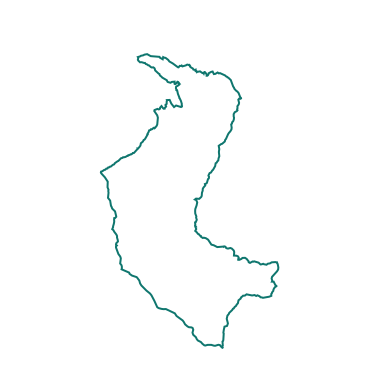 Rucar, Arges, Romania (Robinson projection), rotated 219°
{"feature_id": "2599482B65815623674969", "entity_name": "Rucar", "entity_type": "district", "adm_level": 2, "iso_a3": "ROU", "parent_name": "Romania", "parent_adm1": "Arges", "projection": "robinson", "projection_center": [25.127, 45.475], "detail": "fine", "context": "isolated", "style": "outline", "palette": "teal", "viewbox_px": 384, "rotation_deg": 219, "n_neighbors": 0, "source": "geoboundaries", "source_scale": "gbopen_adm2", "svg_char_len": 6008}
<svg xmlns="http://www.w3.org/2000/svg" viewBox="0 0 384 384"><g transform="rotate(219 192 192)"><path d="M314.0,260.1L312.8,261.2L310.3,262.2L309.8,262.7L308.5,262.4L307.1,262.9L305.8,262.9L305.2,263.3L302.6,263.2L301.5,263.5L300.6,264.5L299.5,264.6L298.8,264.5L297.1,263.3L292.4,263.0L291.6,263.2L290.3,262.4L288.2,262.4L287.2,262.2L281.9,263.0L280.6,262.3L279.9,262.3L277.4,263.4L277.0,264.8L275.0,266.8L273.7,265.1L273.3,265.1L272.8,265.6L272.6,266.4L272.7,268.5L271.9,268.8L270.0,268.3L270.5,267.8L270.0,267.5L269.7,267.7L269.5,267.4L270.0,265.4L270.7,264.0L269.9,262.6L268.7,261.8L268.2,261.8L268.1,261.3L267.2,261.4L264.7,259.4L261.5,257.6L261.1,257.1L260.6,257.1L257.9,255.8L255.4,254.1L254.4,252.7L253.9,252.6L253.6,252.1L254.0,251.1L258.8,249.2L259.4,246.7L263.8,247.7L267.3,249.5L269.4,247.6L268.9,247.2L268.5,246.2L267.2,244.6L267.1,243.9L267.5,243.2L267.3,242.8L265.9,242.1L266.1,240.3L265.7,239.6L266.4,238.9L267.2,238.9L269.8,239.6L269.9,237.5L269.3,236.6L269.5,235.7L269.9,235.2L271.1,234.9L272.7,232.1L272.3,231.2L267.3,229.7L265.3,228.3L261.5,222.6L261.1,221.1L261.1,218.2L261.2,217.9L262.0,218.0L262.4,216.9L262.4,215.9L263.4,214.9L263.2,214.2L264.1,212.9L263.5,211.3L263.1,208.9L262.7,208.9L261.9,203.9L261.9,202.7L262.3,202.0L261.9,200.3L262.4,197.7L261.3,195.6L261.2,193.8L261.3,191.5L261.7,191.4L261.4,191.0L261.7,185.8L262.5,185.1L262.4,184.7L262.9,183.0L263.4,182.7L263.8,181.5L264.5,180.7L264.4,180.3L264.8,180.0L264.8,179.4L265.2,179.0L265.7,177.5L266.9,175.9L267.4,175.7L267.6,174.6L268.4,173.6L268.8,169.7L269.2,169.1L270.1,165.8L269.9,164.5L270.6,163.3L271.1,160.7L271.8,159.9L271.8,159.2L272.6,158.3L272.5,157.0L273.3,156.3L273.4,154.8L274.1,154.0L274.8,151.6L275.5,150.6L275.1,149.8L274.3,149.4L269.0,148.6L264.0,147.0L260.6,142.5L258.3,141.2L257.7,140.1L256.4,138.9L253.6,134.6L250.2,133.8L246.3,130.3L245.4,130.0L243.6,128.9L239.6,128.5L235.7,125.5L235.3,125.1L235.4,123.3L236.0,122.8L235.4,121.8L233.7,119.9L232.6,117.8L231.7,115.6L231.2,115.0L230.6,112.9L229.1,112.9L227.5,112.2L223.9,111.3L222.5,110.6L221.7,109.5L219.3,107.8L218.4,106.9L218.6,104.5L217.9,103.2L216.7,103.1L216.9,102.0L216.1,101.0L210.2,97.5L207.2,96.7L205.6,95.7L202.8,91.2L200.9,90.8L199.8,90.1L198.5,88.6L198.1,87.6L190.1,89.8L189.0,89.1L186.0,89.3L181.5,91.0L180.7,90.9L177.2,90.0L174.8,88.3L172.5,87.5L165.4,86.7L160.8,86.7L158.5,86.2L152.9,83.8L146.5,80.6L144.8,80.8L142.1,82.0L140.6,82.9L138.6,84.6L129.0,86.9L125.9,85.9L118.5,86.3L116.8,85.9L114.1,84.8L110.9,84.7L109.3,85.0L107.1,86.5L105.9,86.7L104.3,85.7L103.1,83.0L101.2,81.8L97.6,81.6L95.6,80.6L93.9,80.3L90.7,81.0L88.4,80.6L86.0,80.6L85.1,81.0L83.6,83.1L80.9,85.3L78.2,86.4L77.2,87.1L75.4,89.8L74.4,90.4L73.7,90.6L72.7,90.2L69.6,90.0L71.5,91.2L71.4,92.0L74.2,95.0L74.1,95.8L74.6,96.8L78.3,102.0L79.0,102.3L80.6,105.0L82.0,107.8L80.5,110.0L81.4,112.5L85.2,115.3L86.7,118.3L86.6,120.1L87.0,121.5L86.5,125.5L86.7,127.1L86.3,127.7L86.5,129.5L86.1,131.3L86.4,132.5L86.3,134.4L87.7,137.1L87.1,139.9L87.4,140.4L87.5,141.6L87.1,142.4L87.1,143.5L85.7,144.8L85.2,146.8L80.2,149.4L78.5,151.3L76.7,151.6L76.1,152.9L73.8,153.5L72.5,153.3L71.5,154.0L70.3,154.4L66.2,159.1L65.0,161.2L66.2,162.6L66.2,163.6L66.6,164.4L66.6,166.3L67.2,167.3L67.6,168.7L67.6,170.6L67.1,171.9L67.4,172.2L68.6,172.1L72.1,173.7L73.4,172.7L73.5,173.3L75.7,174.9L76.4,176.5L76.0,183.9L76.3,186.0L77.4,187.7L79.9,189.8L81.6,190.7L81.7,190.4L82.1,190.5L83.1,190.0L85.8,187.5L86.5,185.6L88.0,183.9L88.3,182.4L90.7,181.1L91.5,181.0L92.3,179.7L93.2,178.8L95.8,179.0L100.1,177.2L100.6,176.3L101.2,176.1L102.3,173.4L103.7,173.1L104.3,173.7L107.5,174.4L109.4,174.2L111.3,172.5L111.5,171.1L112.5,169.1L113.4,168.4L113.9,168.9L114.0,169.9L114.4,170.4L115.8,170.9L117.3,170.5L119.4,169.0L121.4,171.9L122.7,172.8L125.5,173.1L127.0,172.6L128.4,170.7L129.3,170.2L130.4,170.0L131.5,170.5L132.2,170.3L132.8,170.0L132.9,169.3L133.3,169.3L137.7,165.1L141.6,164.3L143.8,163.3L149.5,165.1L152.2,164.8L154.1,163.9L154.6,163.1L156.2,162.9L156.9,162.9L157.4,163.4L158.2,163.1L160.2,163.5L161.1,163.2L162.9,163.7L165.0,163.8L165.4,165.9L167.9,167.3L168.1,167.5L167.8,167.7L168.5,167.9L168.8,168.6L170.5,170.3L170.1,170.9L170.8,173.4L172.7,174.7L173.3,175.8L175.9,177.3L177.6,179.2L178.7,180.8L180.0,184.5L181.4,187.2L183.6,188.4L185.0,188.0L184.7,189.4L182.1,191.2L181.7,193.9L182.0,195.1L183.8,197.7L184.5,199.7L185.6,201.2L185.9,202.7L185.8,205.4L187.0,206.3L186.2,207.7L186.2,208.5L187.7,212.1L187.5,212.6L187.6,213.4L188.4,214.6L189.5,215.0L189.8,215.9L190.2,217.8L189.5,219.1L189.8,221.5L189.6,222.5L190.3,226.7L191.7,229.2L191.3,230.4L191.6,231.7L191.4,233.0L192.5,234.8L193.3,237.0L196.3,240.0L197.8,242.5L200.3,244.7L199.5,247.6L198.9,248.5L198.3,251.9L199.0,253.4L199.0,254.7L200.3,259.5L200.5,261.2L200.4,263.2L200.7,265.4L201.6,266.9L204.1,269.2L204.0,270.3L204.7,271.5L204.5,272.8L205.1,274.6L206.1,276.2L207.1,276.9L208.6,278.7L209.0,280.9L208.1,283.0L208.1,284.2L209.0,284.6L209.4,285.8L210.7,287.2L210.8,289.4L211.5,290.9L214.1,292.9L214.1,294.2L213.1,294.8L212.8,295.6L213.3,296.0L214.1,296.0L218.0,298.2L219.9,298.6L221.5,298.5L224.1,298.9L225.0,299.5L226.4,299.9L232.3,303.4L235.7,303.7L236.6,303.4L237.2,303.6L238.2,303.3L239.7,303.4L245.1,302.0L245.7,301.1L247.3,301.0L248.2,298.5L249.2,297.4L251.8,298.6L252.7,297.4L253.8,294.7L253.3,293.9L253.1,292.8L253.3,292.0L253.8,291.6L254.3,292.4L255.8,293.0L257.5,293.3L257.8,293.1L257.8,292.5L257.4,291.5L258.2,291.8L258.7,291.0L261.7,290.8L263.4,288.8L263.6,288.8L263.7,288.2L264.9,288.7L264.9,288.3L265.3,288.2L266.2,289.3L266.5,288.7L268.0,288.0L269.0,288.5L271.7,288.1L272.8,288.8L273.5,289.0L273.5,288.8L274.1,289.1L274.6,288.5L275.5,288.3L276.2,287.5L276.4,286.6L278.5,283.6L279.6,283.8L279.7,283.2L280.9,282.3L280.9,280.4L281.4,280.1L288.0,279.8L291.7,279.2L293.7,279.7L297.0,279.6L297.9,279.0L299.3,278.7L298.3,276.7L301.6,276.2L302.3,276.6L309.6,271.6L313.6,270.9L315.5,268.7L315.8,267.7L317.5,265.6L317.7,264.7L319.0,262.8L318.2,262.5L317.3,260.7L316.4,260.3L314.0,260.1Z" fill="none" stroke="#0f766e" stroke-width="2"/></g></svg>